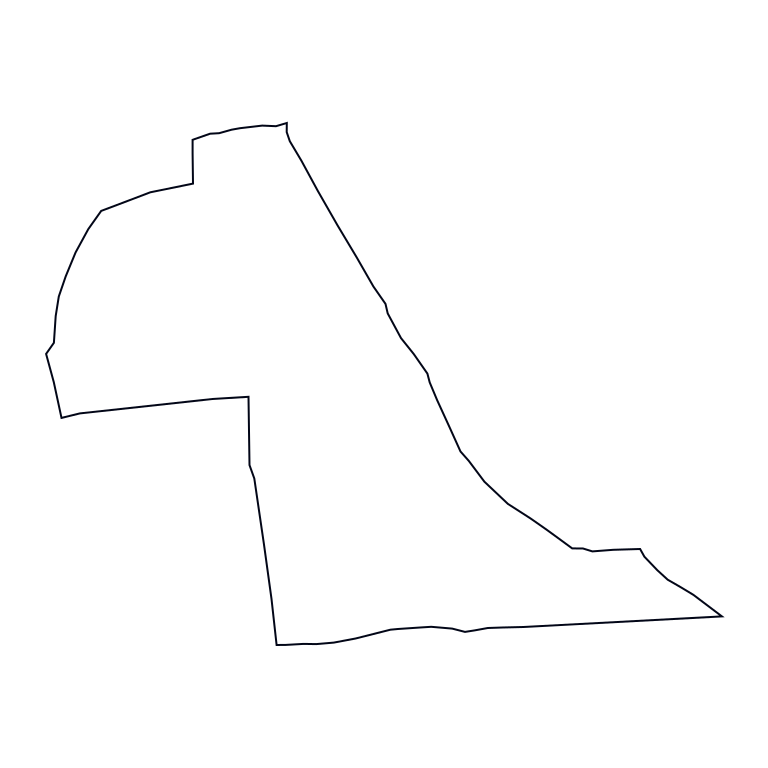 outline of Doun Penh, Phnom Penh, Cambodia
{"feature_id": "14789045B63307875451806", "entity_name": "Doun Penh", "entity_type": "district", "adm_level": 2, "iso_a3": "KHM", "parent_name": "Cambodia", "parent_adm1": "Phnom Penh", "projection": "robinson", "projection_center": [104.926, 11.572], "detail": "fine", "context": "isolated", "style": "outline", "palette": "ink", "viewbox_px": 768, "rotation_deg": 0, "n_neighbors": 0, "source": "geoboundaries", "source_scale": "gbopen_adm2", "svg_char_len": 1053}
<svg xmlns="http://www.w3.org/2000/svg" viewBox="0 0 768 768"><path d="M640.1,549.0L613.3,549.8L592.4,551.4L583.0,548.5L572.2,548.4L546.9,529.9L530.6,518.5L507.9,503.9L484.4,481.7L468.8,460.9L460.5,451.5L449.4,426.9L437.2,400.3L429.7,382.4L427.4,373.6L413.8,354.1L401.0,338.1L387.7,313.4L385.5,303.9L373.4,286.5L356.7,257.4L337.5,225.3L317.8,190.9L301.4,160.7L289.8,141.2L286.7,132.1L286.8,123.0L276.0,126.2L262.2,125.6L240.0,128.2L231.6,129.7L219.1,133.2L210.1,133.7L192.6,139.8L192.6,153.6L193.0,183.6L150.3,192.3L128.5,200.6L101.2,210.9L88.3,229.1L75.6,252.4L65.7,276.4L58.8,296.5L55.7,316.0L53.9,342.8L46.1,353.9L53.8,382.2L61.5,417.9L79.9,413.4L212.4,399.0L248.5,396.8L249.5,465.1L254.3,478.5L264.0,544.6L271.5,598.9L276.6,645.0L286.0,644.9L303.5,643.9L316.3,644.1L333.8,642.6L355.6,638.5L390.4,629.7L397.9,629.0L420.1,627.5L431.2,626.8L452.2,628.6L465.0,631.9L474.6,630.4L487.8,628.0L502.4,627.5L523.5,627.0L721.9,616.4L693.6,595.0L681.4,587.6L667.7,579.7L657.3,570.2L644.4,556.7L640.1,549.0Z" fill="none" stroke="#020617" stroke-width="2"/></svg>